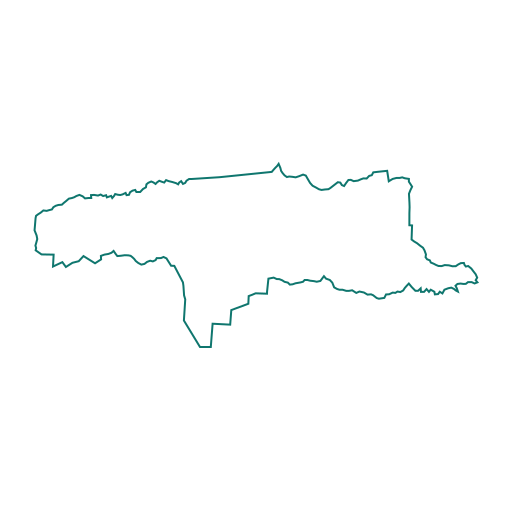 Santa Cruz do Sul, Rio Grande do Sul, Brazil (orthographic projection), rotated 272°
{"feature_id": "56859067B37224130569598", "entity_name": "Santa Cruz do Sul", "entity_type": "district", "adm_level": 2, "iso_a3": "BRA", "parent_name": "Brazil", "parent_adm1": "Rio Grande do Sul", "projection": "orthographic", "projection_center": [-52.406, -29.65], "detail": "fine", "context": "isolated", "style": "outline", "palette": "teal", "viewbox_px": 512, "rotation_deg": 272, "n_neighbors": 0, "source": "geoboundaries", "source_scale": "gbopen_adm2", "svg_char_len": 3711}
<svg xmlns="http://www.w3.org/2000/svg" viewBox="0 0 512 512"><g transform="rotate(272 256 256)"><path d="M348.9,275.4L346.6,273.9L344.9,272.3L342.9,270.6L340.6,268.8L333.5,217.0L330.7,188.9L330.6,186.4L328.8,183.9L326.6,182.7L325.5,180.5L328.2,178.6L326.8,176.7L324.9,175.7L326.0,173.6L327.0,169.9L327.8,166.0L328.7,163.5L326.2,161.7L326.9,159.3L327.8,156.7L326.2,154.6L324.5,153.1L325.9,151.0L326.8,148.7L325.4,145.8L323.8,144.0L320.8,143.6L319.0,140.7L315.9,138.0L315.8,134.2L317.8,133.0L317.0,130.3L315.3,127.9L312.7,126.9L312.3,124.5L314.5,123.5L312.9,120.5L312.2,118.2L312.4,115.7L313.0,113.1L311.0,112.0L308.9,110.3L311.0,109.1L309.4,104.9L311.5,104.1L310.6,101.1L312.0,98.6L310.9,96.0L311.4,92.1L311.1,89.0L308.2,89.3L308.1,86.5L307.6,83.1L309.6,80.7L310.9,77.4L309.7,74.4L308.4,72.3L307.5,70.0L306.8,67.0L304.3,64.3L302.3,62.0L300.5,60.2L300.1,56.7L299.2,54.1L297.7,51.8L295.4,50.4L294.6,47.6L293.8,45.2L294.1,41.9L291.8,39.3L290.1,36.8L288.5,34.8L286.3,34.4L273.9,33.8L268.9,36.0L265.3,36.8L261.5,35.9L258.7,35.2L256.3,36.0L254.0,35.6L250.1,41.6L250.3,53.7L238.4,53.5L243.1,62.7L238.4,66.4L242.8,72.8L244.6,79.0L249.9,83.6L243.1,95.4L247.2,101.3L250.7,101.0L252.1,104.5L252.9,108.4L254.2,111.5L256.1,113.5L253.0,115.8L251.1,117.4L251.5,120.8L252.2,124.8L252.2,128.3L251.8,130.7L250.4,132.6L248.8,134.4L246.8,136.0L244.9,138.6L243.4,141.7L244.2,144.8L246.3,147.3L247.6,150.4L247.0,153.1L248.4,155.8L250.4,156.8L250.6,161.1L251.8,163.6L250.5,166.6L243.3,171.5L243.3,174.7L227.1,183.9L223.7,184.5L214.1,185.5L210.2,186.8L189.0,186.2L163.1,203.2L163.5,214.0L186.8,215.0L186.5,232.6L201.1,233.2L208.0,250.0L215.7,250.1L217.1,253.5L218.7,256.9L218.7,268.3L220.8,268.3L233.8,269.2L235.0,274.4L233.7,277.5L233.7,280.1L232.6,283.1L231.2,285.4L230.5,288.8L228.6,290.8L229.0,293.6L230.1,296.4L231.1,301.2L231.9,303.9L233.7,305.4L233.8,308.3L233.2,311.0L232.9,314.8L232.4,317.6L233.3,321.2L238.2,324.6L235.8,326.8L234.6,330.6L232.0,333.2L227.4,335.2L225.9,338.1L225.2,340.6L225.3,343.7L224.3,347.4L224.4,350.1L225.1,353.3L222.6,357.5L224.1,360.6L223.3,365.1L221.3,368.8L221.7,372.3L220.9,374.4L218.2,378.1L217.6,380.3L218.6,385.7L222.1,387.3L222.4,390.4L224.2,393.9L224.0,396.6L225.4,398.6L225.0,401.5L226.7,404.3L229.2,405.8L231.3,407.5L233.8,409.7L230.4,412.7L226.8,416.5L226.9,419.2L229.4,421.7L225.9,422.1L226.0,425.2L228.9,427.6L226.2,430.1L228.4,431.8L226.5,435.5L223.9,436.1L224.3,439.3L226.7,440.9L225.1,443.6L228.9,445.5L230.5,449.3L231.2,452.3L230.0,455.0L228.5,456.9L227.5,459.0L230.8,457.8L233.2,456.4L235.1,458.3L235.6,461.4L235.3,464.4L235.5,466.7L237.3,468.8L237.4,472.5L236.2,475.4L237.4,478.2L239.5,476.4L242.1,477.8L245.4,476.2L248.4,473.7L251.0,471.6L253.4,468.4L252.8,466.1L254.4,464.7L256.3,464.0L256.0,460.9L254.6,458.4L252.8,456.0L252.6,452.7L253.4,449.1L253.5,444.9L252.4,441.9L252.4,438.7L253.3,436.3L254.5,433.8L255.6,430.9L257.7,429.9L258.7,427.1L260.7,425.5L263.5,425.8L267.5,424.2L270.1,422.6L272.0,419.7L274.4,416.5L276.0,413.6L277.9,410.9L292.0,410.9L292.1,408.2L304.2,407.8L310.1,407.8L314.5,407.5L323.5,406.7L325.5,407.4L327.4,408.1L330.7,409.6L333.2,407.9L335.6,406.2L338.4,406.1L338.9,401.9L339.7,399.4L339.0,396.7L338.9,393.6L337.8,389.9L335.3,386.1L345.7,384.1L344.3,374.2L343.7,370.3L340.8,368.9L340.0,366.3L337.3,363.9L337.3,360.6L336.3,358.1L334.9,355.2L334.2,351.0L335.4,348.1L335.2,345.7L332.1,343.5L329.0,341.6L329.9,339.3L332.3,337.7L332.6,335.2L326.6,328.0L325.3,326.1L324.9,322.6L324.3,319.2L324.9,316.6L326.4,313.8L328.2,310.1L330.9,307.5L333.1,306.1L335.3,304.7L338.1,303.0L339.0,300.2L337.3,296.4L336.0,292.9L336.4,289.6L336.6,286.4L336.0,284.1L337.6,281.7L339.9,279.6L342.0,278.1L344.8,277.3L348.9,275.4Z" fill="none" stroke="#0f766e" stroke-width="2"/></g></svg>